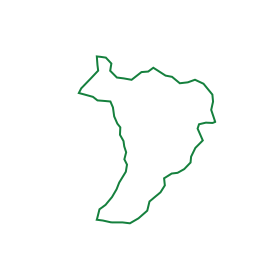 the district of Mjölby, Östergötland, Sweden, rotated 47°
{"feature_id": "70781695B90308748952791", "entity_name": "Mjölby", "entity_type": "district", "adm_level": 2, "iso_a3": "SWE", "parent_name": "Sweden", "parent_adm1": "Östergötland", "projection": "mercator", "projection_center": [15.167, 58.323], "detail": "fine", "context": "isolated", "style": "outline", "palette": "green", "viewbox_px": 256, "rotation_deg": 47, "n_neighbors": 0, "source": "geoboundaries", "source_scale": "gbopen_adm2", "svg_char_len": 995}
<svg xmlns="http://www.w3.org/2000/svg" viewBox="0 0 256 256"><g transform="rotate(47 128 128)"><path d="M68.9,140.1L73.5,137.2L81.3,132.4L87.0,131.5L91.8,127.1L96.6,122.8L102.7,125.0L110.1,130.2L117.5,132.8L122.3,133.2L127.5,138.5L134.5,140.2L138.9,143.3L144.5,145.9L148.4,152.0L154.1,153.7L158.5,159.4L161.9,171.6L165.0,178.1L167.6,186.8L168.9,196.9L168.0,204.3L173.3,212.5L173.8,213.4L178.5,209.5L185.5,204.7L193.3,196.4L199.0,191.6L201.2,182.0L201.6,170.3L196.4,162.4L197.2,148.1L195.1,140.2L189.4,135.9L191.1,127.1L194.6,122.3L196.4,114.9L195.9,105.8L192.0,101.4L188.5,92.3L188.1,81.8L175.9,77.5L173.7,73.5L177.2,67.4L182.0,62.7L183.0,60.1L182.9,60.0L171.5,54.8L166.7,47.8L161.1,43.5L147.1,42.6L138.4,46.1L135.4,53.1L130.6,59.6L120.6,60.9L115.3,64.8L106.6,67.0L101.2,68.4L100.5,74.7L96.3,80.0L95.2,92.5L88.8,97.3L83.5,101.7L74.0,102.0L69.5,96.2L61.4,96.2L57.3,99.5L54.4,102.0L61.0,107.3L65.7,110.7L66.4,121.6L67.1,135.2L68.9,140.1Z" fill="none" stroke="#15803d" stroke-width="2"/></g></svg>